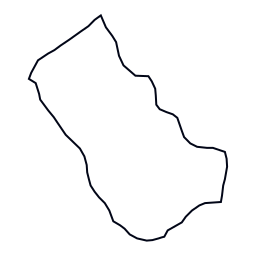 Ovgoros, Cyprus (Mercator projection)
{"feature_id": "46923920B72580164360540", "entity_name": "Ovgoros", "entity_type": "district", "adm_level": 2, "iso_a3": "CYP", "parent_name": "Cyprus", "parent_adm1": "", "projection": "mercator", "projection_center": [33.939, 35.382], "detail": "fine", "context": "isolated", "style": "outline", "palette": "ink", "viewbox_px": 256, "rotation_deg": 0, "n_neighbors": 0, "source": "geoboundaries", "source_scale": "gbopen_adm2", "svg_char_len": 964}
<svg xmlns="http://www.w3.org/2000/svg" viewBox="0 0 256 256"><path d="M28.9,78.9L35.7,83.1L39.1,93.9L40.2,99.6L48.2,110.4L53.8,117.2L57.2,122.3L65.7,134.8L79.9,148.5L84.4,156.4L86.7,165.0L87.2,172.4L88.9,179.2L90.6,185.5L94.6,191.7L99.1,197.4L104.8,203.1L109.3,210.5L113.3,221.3L120.1,225.3L124.6,228.7L129.7,234.4L137.1,238.4L146.7,240.6L152.4,240.1L158.6,238.4L161.0,237.6L162.0,237.3L164.3,236.7L167.7,230.4L181.8,222.4L185.8,216.7L192.0,210.5L199.4,205.4L205.0,203.1L220.9,202.0L222.0,195.7L223.2,185.5L224.9,179.2L227.1,166.7L226.6,158.7L224.9,151.9L213.0,147.9L207.3,147.9L197.1,146.8L190.3,143.4L184.1,137.1L181.8,130.8L177.3,117.8L172.8,114.3L166.5,112.1L159.7,109.2L156.3,104.7L155.8,95.6L155.2,88.7L151.8,81.4L148.4,76.2L135.4,75.7L123.5,65.4L119.0,55.8L116.1,42.1L112.2,35.8L105.9,27.3L100.8,15.4L94.6,19.9L88.4,26.2L81.0,31.3L69.1,39.8L60.6,45.5L54.4,50.1L48.2,53.5L38.0,60.3L31.2,72.8L28.9,78.9Z" fill="none" stroke="#020617" stroke-width="2"/></svg>